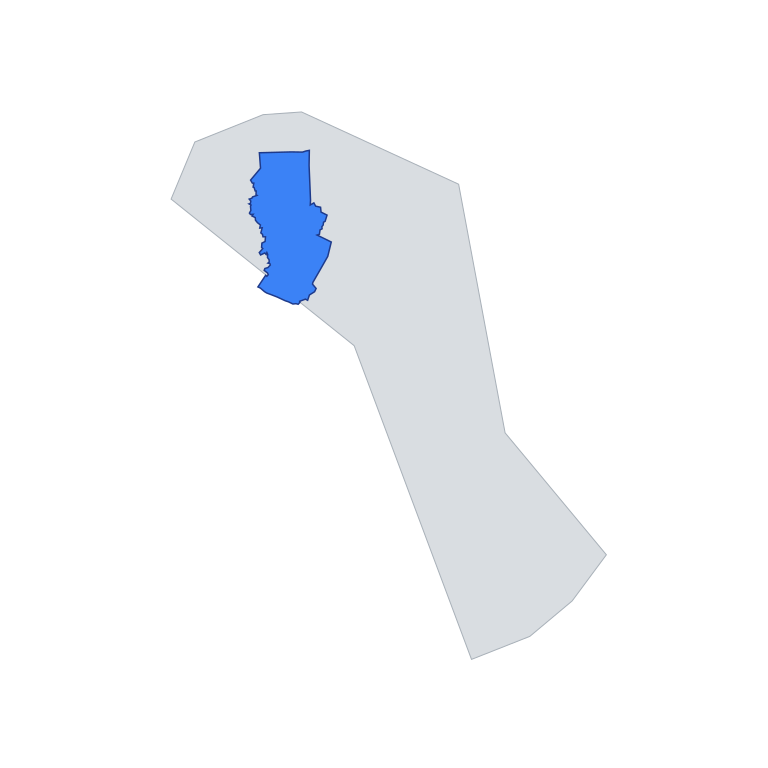 Talofofo, Guam (highlighted), rotated 115°
{"feature_id": "77769853B17205204900927", "entity_name": "Talofofo", "entity_type": "district", "adm_level": 2, "iso_a3": "GUM", "parent_name": "Guam", "parent_adm1": "", "projection": "orthographic", "projection_center": [144.734, 13.336], "detail": "fine", "context": "in_parent", "style": "filled", "palette": "blue", "viewbox_px": 768, "rotation_deg": 115, "n_neighbors": 0, "source": "geoboundaries", "source_scale": "gbopen_adm2", "svg_char_len": 1613}
<svg xmlns="http://www.w3.org/2000/svg" viewBox="0 0 768 768"><g transform="rotate(115 384 384)"><path d="M306.4,655.1L244.6,657.7L191.0,607.4L172.3,573.7L171.4,400.8L377.1,253.6L444.8,110.3L501.1,121.8L551.1,145.2L596.6,188.3L361.9,427.2L306.4,655.1Z" fill="#d9dde1" stroke="#a8b0b8" stroke-width="1"/><path d="M203.8,550.4L205.8,553.2L208.3,555.9L212.8,566.0L227.1,594.7L240.6,587.1L255.6,591.1L257.6,588.2L257.0,586.9L260.9,585.8L260.8,584.8L263.5,582.3L263.1,581.4L266.5,580.0L266.7,578.8L270.0,582.2L271.5,582.3L273.4,584.3L274.5,582.0L276.9,581.4L277.8,582.4L278.0,580.1L279.4,580.1L283.0,578.0L286.0,578.2L286.8,576.7L285.5,574.3L287.5,574.7L287.6,571.0L289.9,569.7L291.3,566.8L292.1,563.2L295.2,562.5L293.9,560.4L299.1,559.5L299.7,557.4L301.7,555.9L300.7,553.6L305.1,552.0L307.9,554.2L311.9,552.7L312.5,551.1L317.6,552.6L319.2,550.4L315.6,547.4L316.4,545.6L314.4,545.7L315.7,544.2L318.6,543.1L319.9,540.7L321.9,539.6L323.5,540.3L323.1,538.3L324.2,537.3L327.5,538.4L329.7,540.8L331.7,540.6L332.6,536.5L333.9,535.1L335.9,535.7L335.5,537.2L349.3,539.3L349.3,536.7L350.7,531.7L350.8,531.4L351.1,528.7L350.7,523.8L350.3,517.5L350.3,508.6L349.9,505.4L350.0,500.4L348.4,497.7L348.0,495.5L345.6,494.7L344.7,495.4L340.3,491.1L340.4,488.6L334.8,489.2L329.7,485.9L326.1,485.9L325.3,487.6L323.7,491.0L322.0,491.4L308.1,490.2L292.1,488.9L277.6,491.8L277.3,507.6L275.6,505.8L271.4,507.1L269.5,505.7L267.7,506.8L265.6,506.3L262.9,507.2L261.5,506.1L255.0,507.0L254.8,513.7L250.6,516.2L251.7,521.1L249.5,524.1L252.9,526.5L248.6,528.2L217.7,544.2L203.8,550.4Z" fill="#3b82f6" stroke="#1e3a8a" stroke-width="1.5"/></g></svg>